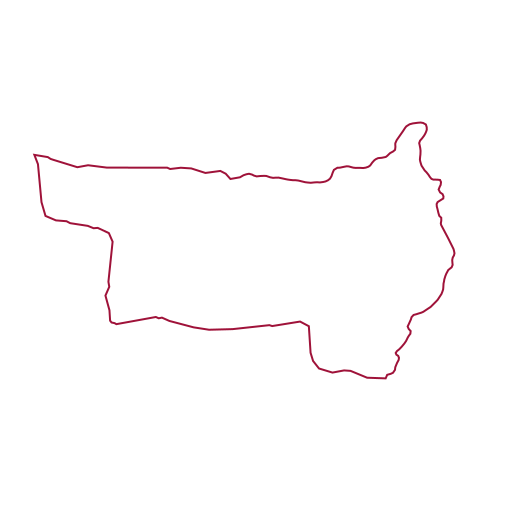 outline of Jerez, Jutiapa, Guatemala, rotated 257°
{"feature_id": "79465075B56030865521274", "entity_name": "Jerez", "entity_type": "district", "adm_level": 2, "iso_a3": "GTM", "parent_name": "Guatemala", "parent_adm1": "Jutiapa", "projection": "natural_earth1", "projection_center": [-89.76, 14.081], "detail": "fine", "context": "isolated", "style": "outline", "palette": "rose", "viewbox_px": 512, "rotation_deg": 257, "n_neighbors": 0, "source": "geoboundaries", "source_scale": "gbopen_adm2", "svg_char_len": 2902}
<svg xmlns="http://www.w3.org/2000/svg" viewBox="0 0 512 512"><g transform="rotate(257 256 256)"><path d="M264.1,106.4L259.0,106.1L251.3,100.4L236.1,101.0L225.8,99.3L223.7,100.3L222.4,103.1L221.0,104.6L219.1,144.7L217.2,147.2L217.1,150.5L212.2,157.0L200.5,179.2L194.7,193.7L190.0,216.8L185.6,253.5L184.1,256.0L182.2,284.2L175.7,291.7L149.4,287.4L140.9,288.0L132.2,292.1L125.2,304.3L124.7,316.1L122.8,322.3L112.4,336.9L107.6,354.8L110.7,357.1L110.9,360.8L111.4,363.2L113.8,365.8L116.3,366.7L118.0,367.9L120.1,369.4L122.6,371.6L124.6,372.4L126.7,372.1L128.3,370.6L130.1,370.3L131.6,371.9L132.9,374.6L134.8,377.5L137.3,380.8L139.4,383.1L142.5,385.6L144.1,387.2L145.5,388.9L148.1,389.8L150.5,388.4L153.2,387.9L155.2,389.5L159.4,392.7L161.4,393.8L163.1,396.3L163.2,399.2L163.4,401.3L163.6,404.4L164.0,406.5L165.0,409.1L167.1,414.7L171.2,421.3L172.5,423.2L174.7,425.5L177.3,428.2L179.5,429.7L181.3,430.8L183.1,431.4L186.9,432.5L189.0,433.5L190.8,434.2L193.9,436.0L195.9,437.4L199.1,440.2L201.0,444.1L203.1,445.6L204.9,445.8L208.0,446.3L210.3,447.4L212.0,449.0L214.0,450.0L216.6,450.1L218.5,450.0L230.2,447.2L244.5,443.4L246.2,443.4L248.8,444.5L251.6,445.1L253.9,443.6L257.1,443.4L260.9,443.4L263.5,443.3L266.0,443.7L267.7,445.1L268.8,448.2L269.9,451.4L271.9,452.1L274.3,451.7L276.5,449.7L279.7,448.9L282.3,450.7L283.7,451.9L286.4,452.9L288.7,452.4L289.6,449.8L290.6,445.9L291.7,444.3L293.9,443.2L296.4,442.3L299.3,440.9L301.4,439.6L305.2,438.2L306.8,437.6L309.3,437.4L311.3,437.3L313.1,437.4L315.9,438.3L317.8,439.0L321.5,440.0L324.2,440.3L327.1,440.4L329.3,440.4L331.5,441.8L333.2,444.2L335.4,446.8L337.1,448.4L338.8,449.7L340.6,450.8L343.1,451.3L345.9,451.1L348.0,448.8L349.0,446.5L349.4,443.9L349.9,438.7L349.8,435.3L348.5,431.6L347.2,430.0L344.5,427.2L337.2,419.1L334.5,417.1L332.9,416.7L331.0,416.4L328.2,415.4L327.0,413.1L326.1,409.8L325.1,408.1L324.1,406.5L323.3,404.7L323.4,400.7L323.9,397.0L323.4,394.6L322.7,392.9L320.9,390.3L318.5,387.6L317.7,385.6L317.4,382.8L317.6,380.2L318.5,377.1L319.4,373.0L320.1,370.9L320.9,369.3L322.4,366.6L323.0,364.6L323.1,362.5L323.2,357.5L323.7,355.2L322.4,351.3L320.0,349.5L316.8,347.5L314.7,345.5L313.6,343.2L313.0,340.5L313.0,338.1L313.3,334.8L314.1,332.2L314.6,329.3L315.0,325.9L315.9,323.1L316.8,320.6L317.8,318.6L319.1,316.0L320.0,314.2L320.9,311.7L321.6,308.9L322.5,306.3L323.4,304.0L324.2,302.2L325.4,299.7L327.3,295.6L328.0,292.2L328.3,290.2L329.5,287.5L330.7,285.6L331.7,284.0L332.3,281.8L333.0,278.1L333.4,274.6L334.8,272.1L336.2,270.5L337.7,267.7L337.8,265.0L337.5,262.0L336.3,258.1L336.8,248.4L343.0,245.0L346.9,240.4L348.3,225.4L355.9,212.6L358.9,202.6L360.1,191.9L362.0,189.4L375.7,130.5L382.2,112.8L382.7,101.9L395.4,80.0L396.8,77.7L399.2,75.4L404.4,62.8L394.5,64.2L356.7,59.1L342.4,59.9L335.7,69.1L332.5,79.2L329.8,82.3L323.2,98.9L319.6,104.0L319.0,108.1L311.4,117.8L302.2,119.5L264.1,106.4Z" fill="none" stroke="#9f1239" stroke-width="2"/></g></svg>